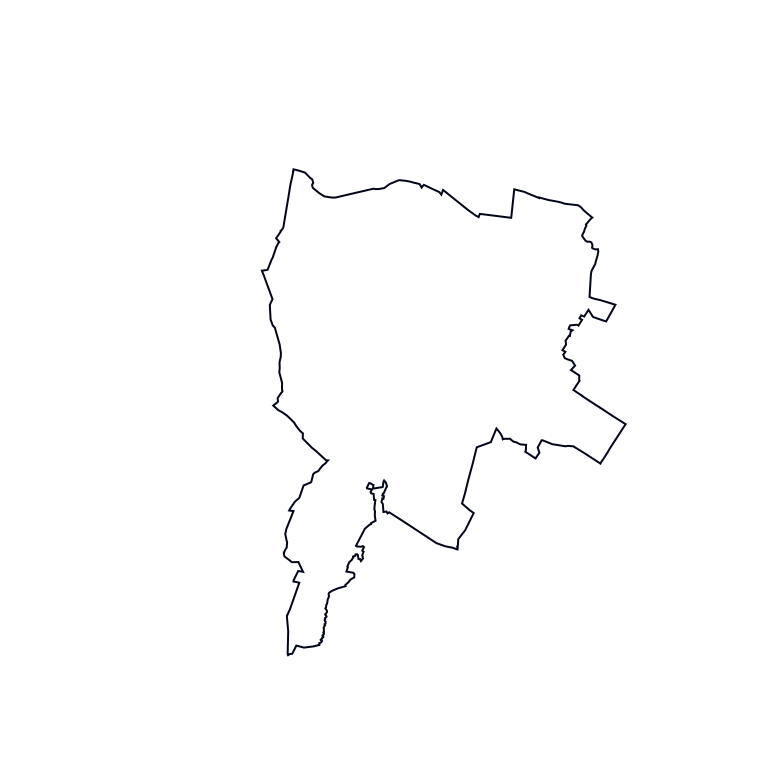 the district of Zasas pag., Jekabpils, Latvia, rotated 313°
{"feature_id": "27541924B5500268657762", "entity_name": "Zasas pag.", "entity_type": "district", "adm_level": 2, "iso_a3": "LVA", "parent_name": "Latvia", "parent_adm1": "Jekabpils", "projection": "mercator", "projection_center": [25.994, 56.276], "detail": "fine", "context": "isolated", "style": "outline", "palette": "ink", "viewbox_px": 768, "rotation_deg": 313, "n_neighbors": 0, "source": "geoboundaries", "source_scale": "gbopen_adm2", "svg_char_len": 6094}
<svg xmlns="http://www.w3.org/2000/svg" viewBox="0 0 768 768"><g transform="rotate(313 384 384)"><path d="M147.9,514.0L148.3,513.9L148.6,514.3L149.0,514.7L149.7,514.3L150.3,513.4L151.1,513.8L152.2,514.2L152.8,514.1L153.2,514.0L153.8,514.0L154.0,513.7L153.6,512.7L153.6,512.3L153.9,512.0L155.1,512.3L155.9,512.2L156.3,511.8L156.7,511.7L156.9,512.0L157.1,512.2L157.3,512.3L157.5,512.2L157.8,511.9L158.2,511.2L158.3,510.5L158.7,510.5L159.0,510.7L159.5,510.7L160.1,510.6L160.5,510.4L160.7,510.1L160.7,509.7L160.7,509.3L160.9,509.1L161.3,509.3L161.8,509.2L162.8,508.0L164.2,506.7L164.5,506.1L164.8,505.9L167.4,505.4L167.6,505.0L167.5,504.8L167.6,504.6L167.8,504.3L168.5,504.5L168.9,504.6L169.2,504.4L169.7,503.8L170.1,503.6L170.4,503.3L170.3,502.8L170.7,501.8L171.2,501.5L171.4,501.6L171.7,501.5L172.2,500.9L172.3,500.6L172.6,500.6L173.6,500.7L174.7,500.6L174.8,500.4L175.2,499.3L175.1,498.9L175.5,498.0L176.2,498.1L176.3,498.2L178.0,497.9L179.0,497.2L179.4,496.6L179.8,494.2L180.0,494.1L180.7,494.2L183.2,492.4L184.5,492.2L188.2,489.7L191.3,488.6L192.3,487.0L193.5,486.3L194.6,486.3L196.1,486.8L196.7,486.9L197.9,487.3L203.2,489.7L210.0,493.8L210.6,492.8L215.1,493.2L217.9,492.8L222.2,494.1L224.7,492.2L225.1,490.5L221.2,484.4L225.3,482.6L225.5,481.7L230.1,480.1L233.1,480.4L234.4,480.1L236.0,480.0L236.7,479.0L238.8,480.2L240.0,479.4L241.1,480.4L241.1,481.5L238.6,484.8L239.6,486.0L238.8,487.9L242.1,487.6L242.2,487.1L243.2,486.3L243.8,484.9L247.4,483.5L247.2,481.9L247.8,481.6L251.1,480.6L251.1,479.2L249.3,478.2L246.6,474.8L246.5,473.9L265.2,468.7L271.2,469.4L272.8,470.1L273.5,469.4L278.2,471.1L281.8,466.7L284.8,464.2L285.8,462.4L288.9,459.9L293.2,456.9L292.5,455.8L296.5,451.4L295.3,449.2L295.8,447.9L298.7,447.1L296.1,442.9L296.4,442.2L301.5,440.7L302.1,441.8L302.7,445.0L302.9,445.2L301.0,446.5L300.0,447.3L307.7,453.3L307.8,453.3L308.3,453.0L312.3,450.2L313.5,449.9L313.3,451.6L313.2,452.5L311.4,455.8L311.1,456.0L311.0,455.9L303.3,458.5L302.9,458.0L301.3,458.8L301.9,460.5L299.6,461.9L299.2,460.8L296.0,462.6L295.5,464.9L290.0,470.9L292.4,472.8L291.8,474.9L293.7,475.3L296.3,489.6L303.4,530.9L307.3,539.9L310.8,545.4L313.1,550.6L315.1,549.1L315.1,548.9L314.9,548.5L315.6,548.2L316.4,548.1L321.2,544.1L332.4,543.1L350.8,537.6L350.1,532.3L349.8,522.6L359.2,517.8L362.8,515.8L371.4,511.0L386.0,503.3L401.0,495.0L413.2,501.2L414.6,501.8L416.9,500.8L428.1,496.6L427.7,500.3L427.2,503.0L426.0,506.5L424.6,508.6L424.9,508.7L425.4,509.1L426.1,509.5L428.1,511.7L429.8,513.3L430.1,517.4L430.2,518.2L431.5,520.4L432.8,524.9L436.4,529.4L432.1,533.1L430.8,533.5L432.9,545.6L439.7,544.5L442.4,539.7L450.3,537.7L451.0,538.4L452.6,542.5L454.8,548.2L462.2,559.2L463.6,560.2L464.6,561.2L467.7,565.2L467.6,565.4L469.7,575.7L472.5,591.2L473.4,596.6L475.6,596.0L478.6,595.6L487.6,593.9L491.6,593.0L519.4,588.1L516.4,572.2L514.0,557.6L513.9,557.7L510.3,537.0L510.6,536.9L510.1,534.7L508.8,526.6L519.6,524.8L519.5,524.5L523.4,521.0L521.7,511.2L527.8,511.2L529.2,505.7L527.1,501.2L526.2,498.5L527.7,495.1L531.2,494.7L530.5,491.4L536.9,490.3L538.2,488.9L539.5,487.2L540.7,487.1L545.5,486.4L545.9,487.2L549.7,484.7L551.8,485.2L550.2,481.5L551.5,480.9L553.8,480.1L559.0,484.8L559.3,486.4L566.0,485.1L565.4,482.1L568.7,481.4L569.8,484.4L577.7,483.0L575.6,491.1L577.1,494.7L581.2,503.8L593.2,500.9L599.8,499.2L592.7,484.7L589.4,479.0L587.8,475.0L605.0,460.8L607.4,459.1L608.8,458.5L616.0,456.6L617.7,455.5L623.7,452.5L626.9,450.5L628.5,448.6L626.6,446.8L625.4,443.8L625.6,443.2L627.4,442.1L627.8,441.6L628.9,439.3L628.9,438.8L628.5,437.6L628.2,437.1L626.7,435.7L626.5,434.9L626.3,433.3L626.3,433.1L627.3,428.3L627.4,428.1L628.0,427.5L632.4,426.2L634.0,425.2L637.9,424.0L638.3,422.9L645.1,422.6L647.8,422.8L647.7,422.4L647.2,412.2L647.6,407.1L647.0,403.9L640.4,395.0L638.9,392.8L637.6,389.8L635.1,385.6L630.8,378.9L626.2,370.3L625.8,370.6L621.2,358.5L620.4,355.9L615.2,346.5L592.3,363.7L573.8,338.1L570.6,339.4L569.7,335.9L568.7,327.9L568.3,323.5L566.2,294.9L561.6,296.8L562.1,293.6L559.2,284.9L556.9,277.4L555.2,277.3L553.3,277.6L554.5,273.7L554.4,273.4L551.7,268.7L549.7,264.9L547.6,261.6L543.7,256.4L543.3,256.1L542.4,255.5L534.5,251.9L533.5,251.6L527.7,250.6L527.3,250.4L523.0,247.2L520.7,244.8L520.4,244.3L520.2,244.0L519.5,243.0L491.1,223.9L488.5,222.2L486.9,221.0L484.7,218.6L480.4,212.2L479.4,206.1L479.3,204.5L479.1,201.2L479.0,199.7L478.9,198.5L479.0,198.2L479.5,197.1L480.3,195.9L480.6,195.6L481.1,195.4L482.8,195.1L483.8,193.5L484.7,191.9L484.7,191.6L484.7,191.1L484.5,190.6L484.4,189.8L484.4,189.2L484.7,182.2L484.0,180.4L481.6,175.5L479.3,171.4L477.8,172.3L477.9,172.5L470.0,177.3L469.0,177.8L465.5,179.9L456.0,186.3L446.3,192.7L430.0,203.5L429.2,203.8L425.9,204.2L425.4,204.0L425.1,204.5L417.0,205.7L416.4,210.6L415.6,210.5L410.7,211.8L410.4,211.8L410.3,212.0L405.2,214.3L400.0,216.6L398.8,216.8L388.0,221.0L383.6,217.4L381.6,221.7L370.0,244.6L365.5,246.0L363.8,246.7L353.8,257.1L350.9,262.8L350.7,265.9L347.7,270.8L341.7,280.8L336.4,287.4L333.3,290.1L330.9,291.4L328.4,293.0L324.5,296.9L321.1,299.5L315.1,309.0L312.2,311.4L309.9,313.8L309.7,314.2L309.8,314.3L309.7,314.5L309.2,314.8L308.8,315.0L307.8,314.8L301.2,315.8L300.9,316.1L299.0,318.4L298.8,318.5L297.7,318.5L292.7,317.7L292.8,324.7L293.1,325.6L294.1,329.7L294.7,334.6L294.7,337.6L294.5,344.5L293.4,348.5L292.5,354.2L292.5,357.2L292.6,358.4L288.8,361.6L288.7,362.4L288.2,375.0L288.6,380.1L288.7,393.6L289.9,395.1L288.2,395.1L286.3,395.3L282.6,394.7L279.0,394.9L275.8,395.3L274.9,395.1L271.8,393.8L269.8,393.7L262.8,397.6L262.2,397.6L261.8,397.5L255.0,394.4L254.7,394.5L243.5,399.5L242.5,399.7L237.3,399.1L229.0,400.3L226.8,400.9L229.3,404.5L210.8,411.7L210.0,412.4L207.0,414.0L203.0,419.6L202.4,420.9L198.0,424.4L196.3,424.6L192.5,425.8L192.4,425.7L190.1,428.5L190.0,428.8L190.6,434.3L190.8,438.1L195.4,442.8L191.4,452.9L188.7,448.8L178.7,451.8L177.8,452.5L179.1,454.5L180.9,457.6L155.2,468.8L148.5,471.1L148.4,471.0L147.6,471.7L137.8,482.6L133.4,486.5L121.9,496.7L120.4,498.2L120.2,498.8L120.6,498.9L122.0,499.1L122.3,499.3L124.1,500.9L132.9,498.3L136.6,505.2L143.5,511.0L147.9,514.0Z" fill="none" stroke="#020617" stroke-width="2"/></g></svg>